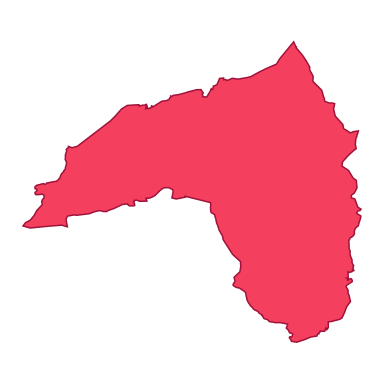 outline of Bygland nor, Aust-Agder, Norway
{"feature_id": "86288312B73251107165471", "entity_name": "Bygland nor", "entity_type": "district", "adm_level": 2, "iso_a3": "NOR", "parent_name": "Norway", "parent_adm1": "Aust-Agder", "projection": "mercator", "projection_center": [7.603, 58.872], "detail": "fine", "context": "isolated", "style": "filled", "palette": "rose", "viewbox_px": 384, "rotation_deg": 0, "n_neighbors": 0, "source": "geoboundaries", "source_scale": "gbopen_adm2", "svg_char_len": 5939}
<svg xmlns="http://www.w3.org/2000/svg" viewBox="0 0 384 384"><path d="M293.7,41.8L279.9,58.5L276.5,64.1L266.1,68.6L258.9,72.2L250.8,76.6L247.0,77.6L238.1,79.1L232.1,78.3L230.1,79.3L227.0,80.5L225.7,79.5L223.7,79.7L223.6,78.0L219.6,78.4L216.9,84.8L213.4,86.1L212.7,89.4L211.6,89.2L211.2,88.8L210.1,91.5L208.6,93.8L206.7,97.1L202.7,96.6L202.9,96.1L202.9,95.9L202.6,95.1L202.3,94.6L202.2,94.3L202.3,94.1L203.1,93.4L203.2,92.8L201.6,90.7L201.1,89.6L198.7,89.7L197.1,89.6L188.8,91.7L184.8,93.0L178.1,94.7L173.0,95.4L172.5,96.1L171.4,96.2L170.6,96.0L170.6,97.4L170.2,97.5L169.7,97.9L169.7,98.2L169.4,98.4L169.2,99.4L168.5,99.9L167.5,100.0L167.0,100.4L165.5,100.9L165.0,100.8L164.4,101.0L162.8,101.0L161.7,101.3L153.2,106.7L153.1,106.9L152.6,106.9L152.3,106.7L152.3,106.1L152.2,106.0L151.7,106.0L151.6,105.9L151.4,106.2L151.3,106.9L151.0,107.6L150.3,108.3L149.3,108.1L149.1,108.3L148.0,108.7L147.9,108.6L147.9,108.2L147.7,107.9L147.1,107.8L146.4,108.4L145.7,108.7L145.9,108.1L145.8,107.7L146.0,107.4L146.1,106.9L146.7,106.3L147.0,106.6L147.2,106.4L147.2,106.1L147.0,105.8L146.7,105.9L146.8,105.6L146.6,105.4L146.6,105.0L146.3,104.9L146.5,104.7L146.5,104.4L146.4,104.3L144.2,105.3L142.7,105.1L141.4,105.6L140.4,105.7L139.2,106.2L139.0,104.7L127.3,105.4L121.6,108.9L115.6,115.7L110.3,121.0L77.3,146.3L72.1,147.7L68.6,146.5L68.7,146.8L68.6,147.2L68.4,147.6L67.2,148.3L66.2,149.7L66.8,151.2L66.1,152.3L66.0,152.7L66.0,153.2L65.9,153.6L65.6,154.3L65.5,154.5L65.6,154.9L65.3,155.5L65.5,157.0L65.3,158.0L65.2,159.5L65.4,160.0L65.8,160.3L66.1,161.7L66.6,162.7L66.5,163.5L66.3,164.1L66.3,165.0L65.7,166.4L65.4,167.6L65.4,168.4L65.2,169.1L64.4,170.2L63.8,170.7L63.9,171.1L63.3,171.9L62.1,173.2L61.2,174.3L60.8,175.4L60.4,176.1L60.4,176.5L59.9,178.0L58.8,178.9L58.6,179.4L57.9,180.1L56.7,181.0L56.4,181.4L53.6,181.6L52.9,181.7L52.3,182.1L50.5,182.2L48.2,182.9L47.1,182.9L46.8,183.0L45.8,184.1L45.6,184.2L44.9,184.2L43.6,183.7L41.3,184.0L40.9,184.3L36.6,185.3L36.0,185.8L35.8,186.3L35.1,186.5L35.0,187.0L35.0,188.6L36.4,189.3L37.1,190.0L36.8,190.9L36.2,191.6L35.2,192.2L34.9,193.1L35.6,194.5L36.1,194.6L37.0,194.7L39.8,194.5L41.8,194.1L43.2,194.6L44.3,196.2L43.9,197.9L42.6,199.4L41.7,201.4L42.3,204.6L36.8,210.5L34.1,215.5L30.2,220.2L25.5,222.7L23.7,225.0L23.0,226.0L30.2,228.0L49.5,226.1L61.8,225.2L67.4,226.8L66.1,220.0L66.3,218.5L67.5,216.1L74.1,214.9L76.4,215.3L88.7,213.8L89.3,213.7L94.8,211.7L98.4,210.8L99.0,210.7L101.4,210.9L103.1,211.5L106.4,211.6L108.5,210.4L113.7,208.6L122.4,204.5L127.6,203.9L127.9,204.2L127.9,204.8L129.5,205.9L134.2,205.8L134.6,205.6L134.7,205.3L134.7,204.8L134.6,204.1L134.3,203.4L133.7,202.6L133.4,202.2L133.6,201.9L134.2,201.8L134.4,201.1L134.3,200.4L136.7,200.1L139.6,201.3L146.9,201.1L146.0,198.3L148.5,198.3L151.2,197.5L154.7,195.8L160.6,190.0L162.9,188.4L164.2,187.8L168.0,187.6L169.5,188.0L172.5,189.6L173.2,191.4L171.9,197.9L176.2,199.0L185.7,197.1L185.7,196.7L184.9,196.6L184.9,196.3L185.0,196.2L210.1,202.5L210.7,203.8L210.8,205.1L210.5,207.0L210.7,211.2L211.2,212.5L212.1,213.2L213.1,213.7L214.8,215.0L215.0,216.8L215.4,217.6L216.0,219.9L216.5,222.6L217.9,226.2L219.3,230.6L220.1,231.7L220.9,233.4L222.4,235.7L223.2,239.7L232.7,254.5L240.4,261.5L240.8,266.1L239.9,271.8L234.1,277.2L234.3,278.7L235.1,281.0L235.0,281.4L233.2,284.1L233.1,284.9L233.4,285.7L235.5,287.0L237.2,287.7L239.1,287.9L244.1,291.2L245.7,292.7L246.0,294.9L247.0,299.8L248.4,302.7L250.9,306.3L251.9,307.0L252.7,307.8L253.3,309.0L255.2,310.2L255.7,310.3L256.4,310.8L257.7,311.2L258.9,312.9L259.7,313.5L260.9,314.1L261.4,314.6L261.7,314.7L261.7,315.5L262.8,316.0L263.0,316.8L263.3,317.6L264.2,318.7L266.1,319.2L266.9,319.3L268.5,320.6L269.2,321.5L270.1,321.8L273.0,322.1L274.8,322.6L276.1,322.7L279.8,322.6L281.2,322.8L287.6,324.1L287.2,325.9L286.5,327.3L286.3,328.0L286.7,328.7L287.6,329.2L288.7,330.8L289.5,332.7L289.8,332.9L292.4,333.6L292.7,334.4L292.0,336.3L291.4,337.1L290.6,336.8L289.9,336.8L289.4,337.2L289.4,337.9L291.0,340.0L291.4,341.3L296.6,342.2L304.4,339.7L310.9,337.0L317.0,336.0L317.5,334.2L318.4,333.7L318.7,333.9L318.9,333.8L318.7,333.4L319.3,332.7L319.8,332.4L320.2,331.4L320.2,331.1L324.7,331.3L325.9,327.9L326.4,328.5L326.9,329.6L328.3,327.6L328.3,321.8L331.5,321.5L339.1,319.5L340.0,319.2L342.0,317.9L344.3,313.0L346.6,306.9L347.7,305.3L350.5,301.6L349.1,295.4L348.7,294.4L348.0,293.2L348.0,292.1L348.2,290.9L347.6,289.3L346.2,287.0L346.1,286.5L346.6,285.5L347.0,285.1L352.1,281.7L352.3,281.5L352.3,281.2L352.1,280.0L351.7,279.5L351.6,279.2L351.0,278.6L350.3,278.7L349.7,279.1L349.0,279.1L348.5,279.4L348.4,279.5L348.4,279.8L348.1,280.1L347.8,280.4L347.5,280.2L347.4,279.9L347.5,279.6L347.5,278.9L347.4,278.1L347.1,278.0L348.2,277.8L348.0,271.8L348.9,272.3L349.7,272.4L350.1,272.1L351.7,271.8L352.0,271.6L352.3,271.0L353.2,270.9L353.8,270.6L353.6,270.3L353.6,269.8L353.4,269.5L352.6,269.4L353.0,268.8L353.0,267.9L353.3,267.4L353.2,266.3L353.7,265.8L352.3,263.3L352.0,262.1L352.1,260.1L350.6,256.3L349.9,253.3L350.2,252.0L350.2,251.6L349.6,249.6L349.1,248.5L349.1,246.3L349.0,243.4L348.7,240.5L349.4,239.9L350.0,238.1L352.7,236.4L354.5,234.0L354.3,231.4L355.0,229.1L356.1,227.5L358.3,225.8L358.9,223.2L359.9,220.3L360.7,217.5L360.8,216.9L360.8,215.9L358.2,214.4L356.7,213.0L357.7,211.0L358.8,210.7L360.0,210.6L361.0,209.1L357.9,207.3L354.8,198.9L351.4,197.9L351.4,195.1L354.3,193.1L357.0,187.9L356.3,180.3L353.2,178.2L348.5,170.4L341.9,166.1L342.7,161.6L346.2,157.9L346.8,157.0L350.4,153.5L353.9,150.4L356.2,148.7L355.4,144.6L355.4,143.6L355.9,138.3L356.7,137.0L356.9,135.5L358.0,132.4L358.4,130.9L353.7,131.6L350.1,132.9L349.6,132.4L346.7,130.4L344.2,129.1L343.6,128.4L343.5,128.0L343.3,126.6L342.8,124.5L335.2,116.0L333.6,108.8L334.7,103.7L332.6,103.0L329.1,103.0L324.7,101.3L324.4,98.9L323.6,96.8L321.7,90.2L312.9,81.4L313.1,76.1L309.7,69.9L309.6,69.1L309.8,67.2L306.3,61.0L302.8,55.7L298.8,50.8L296.2,47.9L296.2,47.2L296.4,46.9L295.8,46.7L295.7,46.4L293.7,41.8Z" fill="#f43f5e" stroke="#9f1239" stroke-width="1.5"/></svg>